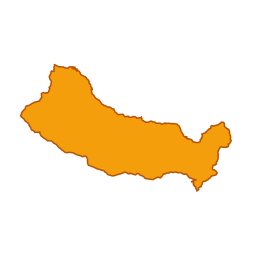 the district of Voineasa, Vâlcea, Romania, rotated 210°
{"feature_id": "2599482B3202377792111", "entity_name": "Voineasa", "entity_type": "district", "adm_level": 2, "iso_a3": "ROU", "parent_name": "Romania", "parent_adm1": "Vâlcea", "projection": "natural_earth1", "projection_center": [23.841, 45.435], "detail": "fine", "context": "isolated", "style": "filled", "palette": "amber", "viewbox_px": 256, "rotation_deg": 210, "n_neighbors": 0, "source": "geoboundaries", "source_scale": "gbopen_adm2", "svg_char_len": 5816}
<svg xmlns="http://www.w3.org/2000/svg" viewBox="0 0 256 256"><g transform="rotate(210 128 128)"><path d="M34.2,171.0L35.5,172.6L36.6,173.3L37.7,174.5L37.9,175.2L38.4,175.8L39.8,176.7L39.9,177.0L40.4,176.9L41.1,177.2L42.0,176.9L44.8,177.5L45.9,178.4L46.6,179.9L47.7,180.5L48.6,180.5L49.1,180.0L50.0,179.8L50.3,178.4L51.3,176.6L51.7,175.5L53.4,174.2L54.2,172.9L55.1,172.4L56.4,172.1L56.7,171.9L56.9,171.5L57.0,170.6L56.7,170.1L56.3,169.7L56.3,169.1L56.7,168.4L57.2,167.9L57.6,166.8L57.7,166.1L58.3,163.7L58.5,163.6L58.5,162.5L60.1,161.0L60.3,160.0L61.0,159.7L60.8,159.4L60.5,159.5L60.0,158.9L59.8,158.3L59.3,157.9L59.3,157.3L59.6,156.7L59.2,156.1L59.3,155.6L59.2,154.8L59.3,154.4L59.6,153.9L59.2,153.4L58.7,152.3L58.8,151.8L60.3,150.2L62.5,149.2L63.2,149.2L63.9,148.8L65.1,148.5L65.9,149.2L66.9,149.6L67.8,149.6L70.5,148.8L70.5,148.6L71.2,148.5L71.6,148.2L72.1,148.4L72.3,149.4L72.6,149.7L73.5,149.4L73.5,148.8L74.6,148.8L75.8,149.0L78.2,150.7L79.6,151.2L81.0,152.1L81.8,153.2L82.3,153.4L83.3,154.3L84.7,155.2L86.0,155.4L87.0,155.7L88.0,155.7L91.2,154.4L91.9,153.7L93.0,153.4L95.9,152.0L97.3,150.9L98.5,150.9L99.5,149.3L101.0,148.0L102.1,148.3L103.2,147.9L105.7,146.3L107.8,146.5L109.7,145.7L111.1,145.7L112.2,144.8L113.3,143.2L115.8,141.7L116.4,142.1L117.4,141.8L118.7,142.1L120.1,141.9L120.5,142.3L121.0,143.4L121.8,144.1L121.9,143.5L125.1,141.0L126.0,141.3L126.7,141.2L127.4,141.3L129.2,140.7L129.7,139.6L131.5,138.3L132.7,138.0L133.9,138.3L135.6,136.6L136.7,136.2L139.1,137.3L139.5,137.2L141.1,136.1L142.0,135.6L142.6,135.0L143.0,134.8L144.3,134.8L145.5,135.2L147.2,135.4L148.2,136.0L150.0,137.4L151.3,136.7L152.9,137.0L154.6,136.9L155.8,136.0L158.4,136.0L159.7,135.8L160.1,135.5L160.4,135.7L162.8,135.7L164.4,136.6L166.2,137.3L167.0,137.8L167.8,137.5L168.8,137.7L170.3,137.5L171.5,137.9L174.2,139.3L175.8,139.5L177.1,140.3L177.3,140.5L177.3,141.0L178.8,142.4L178.4,142.7L178.7,143.0L178.4,143.6L179.0,143.9L179.0,144.5L180.1,144.7L180.9,145.5L181.4,145.7L181.5,146.1L181.8,146.5L182.3,146.7L182.6,147.1L184.0,147.4L184.6,147.8L184.9,148.1L184.9,148.9L186.9,149.9L188.2,149.9L189.1,150.4L189.3,150.7L189.8,150.6L190.6,151.0L192.1,150.6L192.9,150.8L195.8,150.6L197.0,151.8L198.5,152.7L200.2,152.5L200.9,151.8L201.0,151.9L200.7,152.4L200.8,152.9L201.3,152.6L201.4,152.8L201.8,152.6L201.9,153.1L202.3,152.6L202.7,153.1L202.9,153.0L202.9,152.6L203.4,152.8L203.9,152.5L203.3,153.6L204.0,153.0L204.8,152.9L205.5,152.5L205.2,153.1L204.5,153.4L203.8,154.3L204.7,153.8L205.8,153.6L208.9,152.0L209.4,151.5L209.5,151.1L210.0,149.9L210.6,149.1L212.1,148.9L212.6,148.6L214.4,148.5L215.5,148.0L215.8,147.7L216.7,147.5L217.7,146.8L218.3,146.8L219.5,146.3L224.0,146.1L223.2,146.0L222.9,145.7L222.7,145.1L222.7,144.5L222.4,143.3L221.6,142.5L221.5,141.8L220.4,140.5L220.5,140.1L220.8,139.7L222.6,139.2L222.9,138.6L222.6,137.8L222.1,137.0L222.2,136.1L221.8,135.2L222.1,134.3L222.0,133.5L221.0,132.1L220.0,131.2L217.8,130.4L217.1,128.6L216.4,127.6L216.5,126.8L216.1,125.4L216.6,123.8L216.2,123.2L215.4,123.0L214.9,119.0L215.1,118.5L216.4,117.6L216.6,117.1L217.4,116.7L219.1,116.3L220.2,114.4L219.3,113.3L219.0,112.5L217.9,111.5L217.9,111.0L218.5,109.6L218.4,109.3L218.2,109.0L218.2,108.5L218.3,108.4L218.1,107.1L218.7,106.7L219.4,105.8L220.7,104.8L222.3,102.9L222.7,102.0L223.4,101.4L223.9,100.0L224.6,98.7L226.9,96.3L227.2,95.6L227.2,94.8L226.6,93.4L227.6,90.0L227.7,88.2L227.2,86.5L227.2,85.1L226.3,84.4L222.5,83.8L222.1,83.4L220.4,82.6L216.8,82.3L215.2,81.4L215.0,81.1L215.0,80.8L213.1,80.0L211.9,79.3L210.8,78.1L208.8,78.4L207.8,78.2L206.5,77.6L202.3,80.3L202.0,79.7L201.3,79.0L199.1,77.6L196.9,77.4L196.2,77.1L193.4,77.2L191.3,76.7L188.3,78.4L186.9,78.4L184.8,77.7L182.9,77.9L181.6,77.8L178.4,76.6L177.3,76.4L176.4,76.6L174.3,75.8L172.5,75.9L171.3,75.6L170.1,75.5L168.1,76.3L166.8,77.6L162.8,79.2L161.5,79.0L159.5,79.2L154.3,80.4L153.1,80.2L152.3,81.2L150.9,82.3L150.1,82.3L149.3,82.1L147.6,80.9L146.8,79.7L146.6,79.1L145.3,77.3L143.7,76.0L138.5,76.9L137.7,77.1L136.2,77.0L135.6,77.2L134.2,77.2L131.5,78.0L129.2,78.3L128.1,78.9L127.2,78.9L126.1,78.4L124.4,78.6L123.1,77.8L121.7,77.6L119.5,78.3L117.9,78.5L116.2,79.6L112.7,83.6L111.7,84.5L108.2,88.6L105.7,88.4L104.7,88.6L103.9,89.0L103.4,89.7L103.5,89.9L98.9,90.9L98.0,91.3L97.6,92.8L97.3,93.1L96.0,93.6L95.2,93.7L93.8,93.2L91.6,93.7L90.6,93.7L89.5,93.5L87.8,92.9L80.5,95.8L79.1,98.4L77.4,100.4L76.9,100.7L75.8,100.7L74.9,101.0L74.6,101.7L74.8,102.4L74.5,102.8L74.3,103.7L74.5,104.7L74.0,105.7L74.1,106.1L73.4,106.5L72.7,107.1L72.0,108.2L71.1,109.0L70.5,109.2L70.0,109.5L69.8,109.8L69.6,110.6L69.4,111.0L68.7,111.4L67.3,111.7L66.4,112.1L65.7,113.1L64.5,113.9L63.5,113.9L62.4,114.2L60.0,115.8L58.0,115.7L56.4,115.9L55.6,116.4L54.6,117.3L52.9,116.8L50.9,115.8L49.4,115.6L48.0,116.2L46.8,116.2L43.4,116.9L43.6,116.5L44.7,115.6L46.2,113.3L46.6,113.0L46.0,113.1L44.9,113.8L44.1,113.9L44.1,113.4L43.5,112.8L43.6,112.3L43.2,112.1L42.8,111.4L42.1,111.4L41.5,110.8L40.3,110.9L40.0,110.8L39.4,109.7L37.6,108.9L36.9,108.0L36.6,108.4L36.0,110.0L36.5,110.7L36.9,110.9L36.9,111.6L36.7,112.1L35.7,113.2L35.4,114.0L35.7,115.0L35.7,116.5L36.4,117.8L36.3,118.7L35.8,119.5L34.7,120.2L34.3,120.8L34.1,121.4L33.0,123.0L32.5,124.8L31.9,125.8L31.7,127.5L31.7,128.4L30.4,129.1L29.8,130.0L28.4,131.3L28.3,131.7L28.3,133.4L28.6,134.0L32.1,135.0L33.2,134.4L33.8,134.4L34.9,135.2L35.1,135.9L35.0,136.6L35.6,137.3L35.6,138.2L34.0,139.7L33.8,140.3L33.5,140.7L33.5,141.0L34.0,141.3L34.2,141.7L34.3,142.9L34.2,143.5L34.3,145.1L34.8,146.9L35.8,148.4L36.5,150.2L37.3,150.8L38.2,152.4L38.4,153.5L38.3,154.4L38.7,155.1L38.4,156.5L38.5,157.5L38.2,158.1L36.5,158.7L34.8,159.7L33.8,159.9L32.9,161.0L32.6,161.0L32.0,162.0L32.1,162.4L32.0,162.8L32.2,163.2L33.1,164.2L32.4,164.8L32.2,166.3L32.1,166.7L32.3,167.3L32.2,168.3L32.6,169.0L34.0,169.5L34.2,171.0Z" fill="#f59e0b" stroke="#b45309" stroke-width="1.5"/></g></svg>